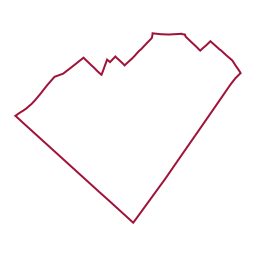 outline of Comuna 8, Ciudad de Buenos Aires, Argentina
{"feature_id": "61730980B92536449887038", "entity_name": "Comuna 8", "entity_type": "district", "adm_level": 2, "iso_a3": "ARG", "parent_name": "Argentina", "parent_adm1": "Ciudad de Buenos Aires", "projection": "mercator", "projection_center": [-58.461, -34.678], "detail": "fine", "context": "isolated", "style": "outline", "palette": "rose", "viewbox_px": 256, "rotation_deg": 0, "n_neighbors": 0, "source": "geoboundaries", "source_scale": "gbopen_adm2", "svg_char_len": 2486}
<svg xmlns="http://www.w3.org/2000/svg" viewBox="0 0 256 256"><path d="M133.2,222.7L134.8,220.6L156.0,191.5L159.4,186.8L164.9,179.3L174.4,165.5L190.5,142.3L197.2,132.7L221.0,98.3L221.9,97.0L230.5,84.5L235.5,78.1L239.6,74.1L240.6,73.1L240.2,72.3L239.9,71.9L239.7,71.6L238.3,69.4L237.6,68.4L237.3,68.0L235.3,65.1L233.5,62.3L233.3,62.0L232.4,60.6L232.0,60.2L231.3,59.6L230.9,59.2L229.5,58.0L229.3,57.9L228.9,57.5L226.9,55.8L226.5,55.5L226.2,55.2L224.6,53.7L224.1,53.3L223.6,52.8L221.1,50.5L220.8,50.2L220.4,50.0L219.4,49.3L219.1,49.0L217.4,47.4L217.0,47.1L214.3,44.7L210.4,41.2L208.6,43.0L205.9,45.6L202.8,48.2L201.4,49.5L200.2,50.6L200.0,50.4L199.0,49.5L197.8,48.2L196.0,46.4L193.3,43.9L190.1,40.9L189.8,40.6L186.9,37.8L186.6,37.6L186.4,37.4L186.2,37.1L185.9,36.8L185.7,36.6L185.6,36.4L185.5,36.2L185.3,35.9L185.2,35.6L185.2,35.4L185.1,35.1L185.0,34.6L184.4,34.5L181.9,34.1L181.3,33.7L180.3,33.9L172.6,34.3L169.3,34.5L168.4,34.5L162.9,34.3L161.5,34.2L160.3,34.2L157.7,33.9L156.4,33.7L155.0,33.6L152.6,33.3L152.5,34.4L152.4,35.0L152.3,35.4L152.3,35.6L152.2,36.6L152.1,36.8L152.0,37.3L151.8,37.8L151.6,38.2L151.4,38.4L150.9,39.0L150.7,39.2L150.2,39.7L150.0,39.9L145.9,44.1L145.6,44.5L144.1,46.0L143.0,47.2L142.1,48.2L141.4,48.9L140.4,49.8L139.6,50.5L139.4,50.6L138.2,51.9L136.5,53.7L136.3,53.9L136.2,54.0L135.3,55.2L133.6,56.9L132.8,57.8L132.6,58.0L131.8,58.8L131.5,59.0L125.7,64.3L124.6,65.4L123.6,64.3L123.4,64.1L123.1,63.8L122.5,63.2L121.0,61.8L120.8,61.6L119.8,60.7L119.4,60.3L119.2,60.1L118.1,59.1L117.7,58.8L116.7,57.9L115.4,56.5L110.0,62.1L109.7,61.8L109.1,61.3L108.4,60.7L107.4,60.0L107.1,59.7L106.6,61.0L105.0,65.3L103.0,70.9L101.5,74.8L101.3,74.7L100.2,73.7L98.3,72.0L96.6,70.4L96.4,70.1L96.0,69.7L94.9,68.6L94.2,67.9L92.4,66.2L91.9,65.8L88.6,62.6L86.7,60.8L86.1,60.2L85.0,59.2L84.7,58.8L83.5,57.7L81.9,59.0L81.6,59.2L81.4,59.4L81.2,59.6L80.6,60.0L79.6,60.8L79.2,61.1L78.6,61.6L77.7,62.3L76.0,63.7L73.4,65.7L70.9,67.7L68.3,69.7L65.7,71.7L65.2,72.1L64.8,72.4L63.5,73.4L63.1,73.7L59.7,74.9L59.5,75.0L57.6,75.7L54.8,76.7L54.5,76.8L51.3,80.5L48.7,83.5L48.3,83.9L47.0,85.4L46.5,86.1L46.0,86.7L45.4,87.4L44.8,88.2L44.1,89.1L41.6,92.3L41.2,92.9L39.1,95.4L35.1,100.2L34.7,100.6L31.4,104.1L30.3,105.0L28.9,106.2L27.9,107.1L27.0,107.9L26.6,108.3L26.0,108.7L25.4,109.1L23.7,110.3L22.6,111.0L21.4,111.7L21.0,112.0L18.2,113.8L17.3,114.5L16.9,114.8L15.8,115.6L15.7,115.6L15.4,115.8L22.8,122.6L63.5,159.5L99.4,192.1L108.8,200.5L133.2,222.7Z" fill="none" stroke="#9f1239" stroke-width="2"/></svg>